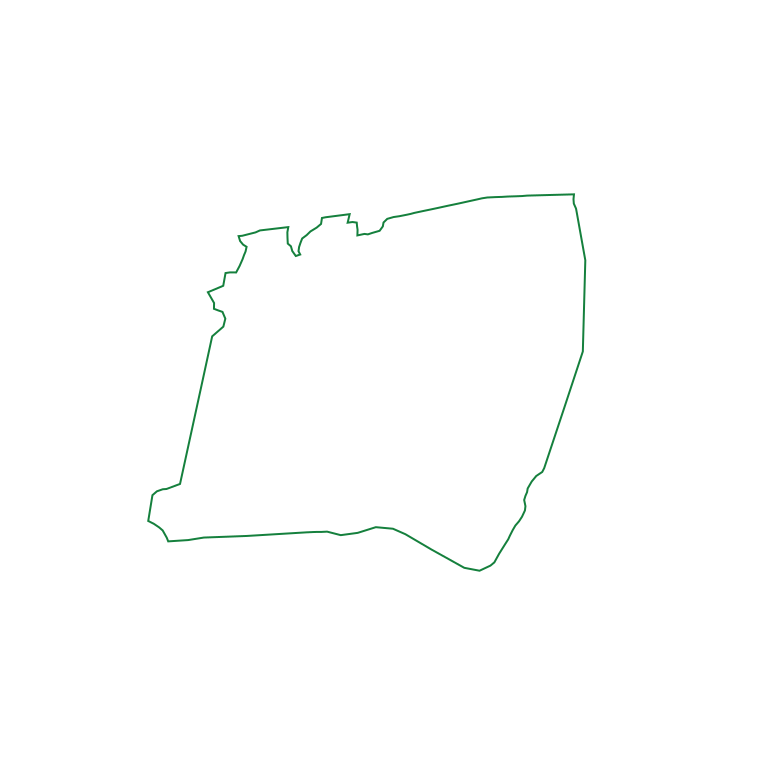 Anajatuba, Maranhão, Brazil, rotated 229°
{"feature_id": "56859067B58311324239433", "entity_name": "Anajatuba", "entity_type": "district", "adm_level": 2, "iso_a3": "BRA", "parent_name": "Brazil", "parent_adm1": "Maranhão", "projection": "natural_earth1", "projection_center": [-44.559, -3.251], "detail": "fine", "context": "isolated", "style": "outline", "palette": "green", "viewbox_px": 768, "rotation_deg": 229, "n_neighbors": 0, "source": "geoboundaries", "source_scale": "gbopen_adm2", "svg_char_len": 1762}
<svg xmlns="http://www.w3.org/2000/svg" viewBox="0 0 768 768"><g transform="rotate(229 384 384)"><path d="M571.7,337.2L563.6,327.1L568.8,311.3L556.6,308.9L552.3,305.0L548.2,307.2L544.4,309.4L537.4,307.1L532.7,300.4L532.7,285.6L503.8,246.9L442.4,164.5L447.5,150.9L449.7,148.0L452.0,142.2L452.0,136.3L435.3,116.2L429.4,118.6L423.4,120.2L418.7,120.9L410.5,119.2L406.8,117.9L394.7,133.8L386.3,147.3L372.1,164.9L359.3,180.8L322.8,228.3L317.8,234.6L313.2,240.0L309.9,244.2L298.3,252.2L288.9,266.5L281.3,283.9L268.9,295.8L256.6,301.6L228.0,311.2L192.6,324.0L180.4,333.6L177.1,345.2L177.0,350.3L180.4,359.6L183.8,370.8L185.3,375.9L186.9,379.4L189.3,385.3L191.0,390.3L191.8,395.8L193.3,401.1L196.1,407.4L199.0,410.6L204.5,413.7L206.8,417.4L208.5,421.0L210.9,423.9L213.5,431.5L214.7,438.6L213.8,445.7L215.4,449.7L247.7,504.3L278.1,555.4L345.3,617.1L387.0,642.0L390.4,644.0L395.6,645.6L399.2,648.3L402.5,651.8L432.3,615.6L435.2,611.6L439.3,606.5L444.2,600.5L447.8,595.8L451.8,590.9L457.0,584.3L459.9,579.7L461.7,576.3L463.5,573.0L467.8,565.1L471.5,558.3L476.7,549.0L481.9,539.5L485.0,533.9L488.6,527.5L493.2,519.2L494.8,515.9L496.6,512.6L500.6,505.6L503.7,500.8L506.5,494.8L506.2,489.6L503.7,486.5L502.5,481.2L505.8,474.1L507.5,470.0L510.1,467.7L513.6,461.4L517.7,465.2L520.8,467.2L523.7,469.3L526.9,466.5L529.6,462.4L534.7,469.5L548.1,449.4L550.0,446.1L546.1,441.5L546.2,435.8L547.4,428.6L547.1,423.3L547.5,417.7L545.4,413.7L543.1,409.8L540.3,406.6L536.7,405.7L538.5,401.4L544.5,402.0L549.0,404.1L553.1,403.5L557.8,407.2L561.9,410.6L565.2,414.7L581.3,391.1L582.7,386.5L588.9,374.2L591.0,371.3L586.3,369.2L581.6,369.1L577.7,370.3L574.8,366.4L573.2,363.1L571.0,359.2L567.8,352.4L565.2,345.6L569.4,340.8L571.7,337.2Z" fill="none" stroke="#15803d" stroke-width="2"/></g></svg>